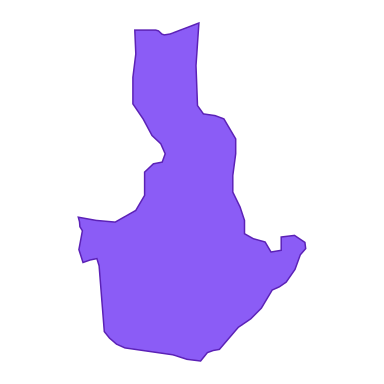 SVG path tracing the border of Masindi
{"feature_id": "UGA-3102", "entity_name": "Masindi", "entity_type": "District", "adm_level": 1, "iso_a3": "UGA", "parent_name": "Uganda", "parent_adm1": "", "projection": "robinson", "projection_center": [31.719, 1.811], "detail": "fine", "context": "isolated", "style": "filled", "palette": "violet", "viewbox_px": 384, "rotation_deg": 0, "n_neighbors": 0, "source": "natural_earth", "source_scale": "10m", "svg_char_len": 964}
<svg xmlns="http://www.w3.org/2000/svg" viewBox="0 0 384 384"><path d="M305.7,248.6L300.3,254.8L295.0,269.4L286.2,282.1L279.4,286.8L272.2,290.0L261.4,308.1L250.8,318.8L238.3,327.3L219.4,349.4L213.2,350.5L207.4,352.6L200.6,361.0L186.9,359.3L172.9,354.8L124.9,347.9L116.6,344.2L109.6,338.2L104.3,331.6L102.9,313.8L99.1,265.8L96.9,258.6L90.1,260.0L83.0,262.5L78.9,249.6L82.4,230.8L79.9,226.7L79.5,221.7L78.3,217.2L96.1,220.4L115.2,222.1L135.8,210.4L144.6,195.4L144.6,172.1L153.4,163.8L162.2,162.1L165.2,153.8L160.8,143.8L152.0,135.5L143.1,118.9L132.9,103.9L132.9,77.3L135.8,54.0L134.8,30.1L155.8,30.1L158.5,30.9L161.9,34.1L164.3,34.9L170.1,34.0L198.9,23.0L196.0,65.6L197.5,105.6L203.4,113.9L215.1,115.6L223.9,118.9L229.8,128.9L235.7,138.9L235.7,153.8L232.8,175.5L232.8,192.1L240.1,207.1L244.5,220.4L244.5,233.7L253.3,238.7L265.1,242.0L271.0,252.0L281.2,250.3L281.2,237.0L294.5,235.4L304.9,242.4L305.7,248.6Z" fill="#8b5cf6" stroke="#5b21b6" stroke-width="1.5"/></svg>